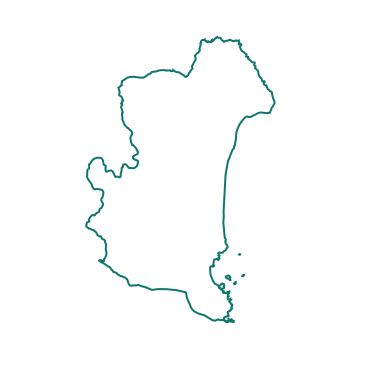 the district of Pasaman Barat, Sumatera Barat, Indonesia, rotated 247°
{"feature_id": "22746128B95220206981522", "entity_name": "Pasaman Barat", "entity_type": "district", "adm_level": 2, "iso_a3": "IDN", "parent_name": "Indonesia", "parent_adm1": "Sumatera Barat", "projection": "albers", "projection_center": [99.54, 0.188], "detail": "fine", "context": "isolated", "style": "outline", "palette": "teal", "viewbox_px": 384, "rotation_deg": 247, "n_neighbors": 0, "source": "geoboundaries", "source_scale": "gbopen_adm2", "svg_char_len": 5992}
<svg xmlns="http://www.w3.org/2000/svg" viewBox="0 0 384 384"><g transform="rotate(247 192 192)"><path d="M324.8,275.7L324.3,274.6L324.6,274.2L323.6,272.1L323.4,270.9L324.4,270.4L324.1,269.6L323.3,268.6L322.7,269.4L322.5,267.9L323.3,266.9L323.6,265.9L324.3,265.7L323.9,264.7L324.0,264.4L324.4,264.2L324.8,264.7L326.4,263.0L327.5,263.4L327.4,261.9L327.9,260.7L327.7,260.0L327.0,259.0L325.9,258.6L325.4,257.6L324.1,257.5L320.8,254.7L319.8,254.8L319.3,254.6L317.7,252.2L317.7,250.7L316.3,248.0L313.9,247.7L312.4,246.9L308.0,241.4L306.9,240.8L305.5,240.7L304.0,237.8L302.8,236.5L302.6,235.6L301.2,234.3L300.3,231.6L300.6,230.8L302.7,230.0L305.2,228.1L307.3,226.9L307.4,226.2L308.9,224.1L311.3,222.5L310.8,222.4L311.2,220.4L311.7,220.2L311.9,219.4L312.4,219.4L313.0,218.4L313.8,215.7L315.0,214.2L316.3,210.8L316.7,209.6L317.1,205.3L318.0,203.0L318.1,202.0L317.2,199.6L317.4,197.6L316.7,195.5L316.3,192.1L317.2,189.4L320.7,183.7L322.1,180.1L322.5,177.2L321.3,170.8L320.4,170.6L319.8,169.8L318.5,169.1L317.7,169.1L317.5,167.5L316.8,166.1L316.9,165.1L312.4,164.4L310.6,163.5L309.9,162.7L309.2,162.9L307.3,164.4L303.1,164.3L303.0,163.2L301.7,162.8L301.6,162.1L300.4,161.9L300.6,161.4L299.2,161.5L298.0,159.9L292.5,159.4L292.2,158.6L291.0,158.3L290.8,157.8L288.1,157.2L286.3,156.2L280.1,156.2L276.1,157.7L275.7,158.3L273.8,158.9L271.9,160.0L270.7,160.0L269.7,159.9L268.3,159.2L267.7,158.0L266.0,156.5L261.6,155.3L260.4,155.5L258.9,155.1L258.0,156.2L254.6,157.5L249.8,157.9L248.4,156.8L247.8,151.7L247.4,151.1L245.7,151.1L244.4,151.8L242.2,154.1L241.5,154.4L239.4,153.3L237.3,151.2L236.7,148.9L236.8,147.0L239.0,143.2L242.9,142.2L243.7,141.2L244.1,139.3L242.0,138.1L241.9,136.9L241.5,136.6L239.6,135.8L235.9,133.0L234.8,132.8L233.9,132.1L233.8,131.0L235.1,129.7L235.9,127.4L242.0,127.0L243.4,126.1L244.0,124.0L244.0,121.6L244.2,121.0L244.6,120.8L246.5,121.1L249.7,122.8L251.2,121.7L252.2,121.5L256.0,122.4L258.0,122.1L259.1,121.3L260.7,117.9L260.8,115.3L260.4,113.0L257.9,109.2L257.5,107.9L256.5,107.7L254.0,106.5L253.2,104.5L252.6,104.0L246.5,101.2L243.3,101.5L238.2,102.7L236.3,102.2L234.8,102.6L233.5,102.6L232.5,103.5L232.2,104.9L231.3,106.8L229.5,109.5L228.7,110.1L227.2,110.4L226.6,110.4L224.7,109.5L221.9,107.3L221.3,106.1L220.3,105.4L218.0,105.2L216.2,105.5L215.1,105.2L212.8,102.6L212.4,100.5L210.1,98.5L209.7,95.2L208.6,93.5L208.6,92.9L209.8,91.2L208.4,88.1L206.7,86.1L205.4,86.1L204.9,85.9L205.1,83.8L204.8,83.3L202.5,81.6L201.4,81.2L199.6,82.4L198.9,82.5L197.7,84.1L196.2,85.3L195.6,86.4L192.2,88.0L188.9,88.3L187.7,89.0L186.7,90.8L184.5,90.9L183.6,91.2L182.3,92.6L181.3,92.8L179.7,92.4L177.1,92.4L173.2,90.3L169.8,89.6L168.2,89.0L165.6,86.7L164.6,84.8L162.9,84.1L162.9,83.5L164.9,81.6L165.2,80.3L165.0,79.7L164.7,79.7L159.9,83.5L156.1,85.7L155.6,86.6L152.7,87.6L151.8,87.5L150.9,88.2L149.1,88.4L147.3,90.7L145.8,91.1L142.1,93.7L142.0,94.5L140.4,95.7L139.4,97.0L136.9,98.2L131.8,97.8L130.2,98.5L129.3,99.7L129.2,100.8L127.7,104.5L127.6,105.9L127.3,106.5L124.3,109.5L123.2,111.4L117.5,116.9L115.9,122.9L112.4,130.8L107.6,139.5L102.4,146.7L101.6,147.1L96.3,146.0L86.4,146.0L84.6,146.2L81.3,147.4L77.6,150.4L73.9,155.0L66.2,160.6L64.5,162.9L64.6,166.2L63.9,166.7L61.3,171.5L59.4,172.3L58.8,173.2L58.3,174.1L58.4,175.7L56.1,179.5L56.7,180.2L58.6,178.7L59.4,178.7L59.3,177.3L60.1,176.2L60.9,176.0L59.2,175.1L59.4,173.6L60.4,172.2L62.3,171.6L63.0,171.7L63.6,172.1L64.1,174.0L63.7,177.3L67.3,177.9L67.8,178.9L67.7,180.4L68.4,181.2L68.2,181.6L69.2,183.4L69.9,182.9L70.9,183.5L71.4,184.0L71.3,184.4L72.7,185.1L73.8,184.1L74.4,184.3L76.3,183.5L77.6,185.9L78.0,185.2L78.6,185.5L78.4,184.2L78.9,183.3L79.7,183.1L81.4,183.9L81.6,184.6L81.9,184.1L83.0,185.0L84.0,184.9L84.3,186.5L85.1,187.0L85.4,187.5L85.9,187.6L85.9,183.6L86.5,182.7L86.4,182.0L87.0,181.4L87.4,181.3L88.3,182.3L88.9,181.6L89.8,181.3L90.4,181.4L90.7,180.8L91.4,181.0L92.2,180.7L92.5,179.6L96.2,179.4L98.3,177.4L101.5,176.6L108.4,176.7L113.5,178.4L115.5,179.3L116.1,180.1L115.9,181.5L115.1,182.1L115.2,183.4L116.2,183.5L116.7,183.0L117.2,183.6L119.3,184.6L121.0,186.0L120.7,189.2L119.8,189.1L119.2,189.7L119.9,191.1L121.5,191.3L121.6,191.7L122.7,192.5L123.5,191.7L124.4,192.4L125.0,192.5L125.3,192.2L125.6,192.4L125.6,193.6L124.7,194.8L124.1,196.6L124.7,197.2L125.4,200.6L126.3,201.4L127.4,203.4L129.6,203.4L131.8,202.9L132.6,203.3L133.7,203.4L134.3,204.2L135.1,204.6L136.6,204.4L138.2,204.6L151.9,209.0L157.0,211.7L161.6,213.4L194.9,229.7L206.2,237.1L215.2,245.9L215.8,247.6L217.7,248.5L217.7,249.3L222.9,252.6L229.7,256.3L232.9,259.1L235.7,262.3L237.6,265.2L239.7,269.5L240.1,271.6L239.9,272.4L238.8,273.7L238.2,275.7L238.8,284.5L238.1,286.8L235.5,291.3L234.5,294.5L237.9,297.9L241.4,302.7L243.3,303.2L246.8,303.3L252.7,304.3L253.4,304.3L254.3,303.1L255.9,302.8L257.3,301.9L261.0,302.2L261.5,301.1L263.0,300.3L264.3,300.5L264.9,301.8L265.3,302.0L265.9,301.7L266.2,300.3L267.1,299.9L269.5,300.3L271.2,299.5L273.7,299.2L277.5,300.0L278.5,299.8L281.5,298.5L282.7,299.5L283.1,299.6L284.1,298.8L284.7,298.8L285.6,299.8L286.7,300.2L287.9,298.1L291.9,296.3L292.4,295.8L294.5,296.4L295.1,295.0L295.7,294.8L297.1,295.9L297.9,295.8L299.3,294.8L300.9,294.2L301.9,293.2L303.5,292.7L307.1,292.8L307.8,294.5L308.5,295.1L309.3,294.8L309.2,293.6L309.7,292.8L310.5,293.0L311.3,293.9L313.3,294.3L313.4,292.7L314.5,291.5L314.4,289.6L315.6,287.9L317.2,286.7L317.5,283.4L318.0,281.9L317.7,280.1L319.0,279.7L320.0,278.9L322.8,278.3L324.2,275.8L324.8,275.7ZM94.4,180.0L92.9,179.7L92.4,180.8L91.3,181.2L90.8,182.3L91.6,183.6L91.3,184.1L92.7,184.5L93.2,185.2L94.6,185.5L95.3,184.6L95.9,184.4L95.9,183.2L94.4,180.0ZM100.5,189.8L99.9,189.9L98.7,190.6L97.7,192.3L98.0,192.9L97.9,193.4L98.4,194.0L100.2,193.7L100.8,193.0L101.1,190.5L100.5,189.8ZM91.4,195.0L90.6,195.0L90.4,196.0L90.7,196.6L92.0,197.0L92.0,196.0L91.4,195.0ZM95.3,207.4L95.5,205.7L95.1,205.4L94.7,206.0L94.7,206.8L95.3,207.4ZM97.0,192.1L96.1,192.3L96.1,193.0L96.6,193.0L97.0,192.1ZM115.9,211.9L116.3,211.3L116.1,210.9L115.5,211.4L115.9,211.9Z" fill="none" stroke="#0f766e" stroke-width="2"/></g></svg>